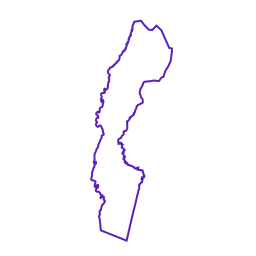 Logone-Et-Chari, Extrême-Nord, Cameroon (Equal Earth projection), rotated 201°
{"feature_id": "32672807B53801841297301", "entity_name": "Logone-Et-Chari", "entity_type": "district", "adm_level": 2, "iso_a3": "CMR", "parent_name": "Cameroon", "parent_adm1": "Extrême-Nord", "projection": "equal_earth", "projection_center": [14.713, 12.015], "detail": "fine", "context": "isolated", "style": "outline", "palette": "violet", "viewbox_px": 256, "rotation_deg": 201, "n_neighbors": 0, "source": "geoboundaries", "source_scale": "gbopen_adm2", "svg_char_len": 5892}
<svg xmlns="http://www.w3.org/2000/svg" viewBox="0 0 256 256"><g transform="rotate(201 128 128)"><path d="M138.2,233.7L140.4,228.3L143.7,227.2L149.2,229.7L154.3,232.8L160.2,229.4L160.2,229.0L160.3,228.0L160.0,227.5L160.3,226.8L160.4,225.0L159.9,223.5L159.7,223.2L159.8,222.6L159.6,222.2L159.3,222.0L159.2,221.7L159.8,220.7L159.6,220.3L159.0,220.1L159.0,219.7L159.4,218.3L159.4,217.6L159.1,215.9L158.5,215.8L158.3,215.5L158.4,215.1L159.2,214.1L159.3,213.8L159.0,213.3L159.1,212.8L159.0,212.6L159.4,212.2L159.4,211.8L158.9,211.1L159.1,210.5L159.0,210.0L158.6,209.5L158.6,209.2L159.1,208.1L159.1,207.8L159.0,207.4L158.5,207.0L158.7,206.6L159.5,206.1L159.6,205.8L159.5,205.4L158.7,204.6L158.6,204.1L158.9,202.0L158.8,201.7L158.4,201.1L158.4,200.7L158.7,200.4L159.1,200.2L159.2,199.8L158.9,198.8L159.0,198.5L160.1,198.0L160.3,197.6L160.0,196.4L160.2,195.7L160.3,194.8L160.3,194.7L160.5,193.9L160.8,193.3L161.5,192.6L161.6,192.2L160.7,189.3L160.8,188.0L161.6,186.7L161.7,186.0L162.2,185.6L162.0,184.8L162.6,184.1L163.0,182.6L163.8,182.1L163.6,181.0L164.2,180.6L164.4,179.6L166.3,178.1L166.2,177.4L167.0,175.4L167.0,173.3L166.6,172.7L165.9,172.0L164.2,171.2L163.9,170.9L163.7,170.2L164.1,169.5L164.0,168.1L163.8,167.7L163.3,167.5L163.1,167.1L162.9,166.1L162.5,165.3L162.4,164.7L162.8,163.4L162.2,162.6L162.2,160.9L161.9,159.8L161.6,159.7L161.3,158.1L161.3,157.6L161.6,156.6L161.9,156.2L162.3,156.0L162.7,156.0L163.4,156.4L163.7,156.5L164.0,156.3L164.1,155.9L163.8,154.5L162.9,153.9L162.5,153.5L162.4,153.1L162.5,152.6L163.0,152.0L163.4,151.8L164.1,151.8L164.7,151.4L165.2,150.4L165.3,149.9L165.1,149.5L163.9,147.9L163.5,147.0L163.5,146.0L163.6,145.1L163.5,144.6L162.9,144.2L162.2,143.2L162.1,143.4L162.1,144.1L162.0,144.8L161.8,145.0L161.5,145.2L161.1,144.9L160.5,144.1L160.3,143.4L160.1,141.3L159.7,140.2L159.6,139.4L159.7,138.4L160.1,137.9L160.7,137.5L161.0,137.1L161.2,136.5L161.1,135.0L160.4,133.3L160.3,132.8L160.4,132.3L160.6,132.1L161.1,132.0L161.7,132.4L162.0,132.3L162.6,131.5L162.9,130.4L162.9,130.0L162.6,129.5L162.2,129.2L160.8,129.0L160.4,128.7L160.1,127.7L159.6,127.4L159.4,127.0L159.5,126.7L160.4,126.6L160.6,126.4L161.0,125.2L160.5,123.5L160.1,122.9L159.0,122.5L159.3,120.2L159.3,119.8L158.4,118.9L157.1,118.2L156.5,118.3L156.1,118.7L155.6,119.9L155.2,120.1L155.0,120.4L154.0,120.2L153.3,119.7L152.5,118.6L151.9,118.1L151.5,118.0L149.3,114.4L148.7,114.2L148.4,113.4L148.5,112.7L149.4,111.9L149.8,111.3L149.1,109.5L149.1,108.9L149.4,107.8L149.5,107.0L149.4,105.6L149.7,102.2L149.1,99.3L149.7,97.5L149.8,96.5L149.6,95.5L149.8,91.7L149.3,89.7L148.0,86.9L147.8,85.6L147.7,83.8L147.4,83.2L147.0,83.3L146.3,84.7L145.9,84.9L145.3,84.0L145.2,83.4L145.4,82.5L146.0,81.3L145.5,79.4L145.9,78.2L145.6,76.8L145.7,74.7L145.5,73.4L144.7,71.2L144.4,69.9L144.2,67.5L144.0,66.9L143.1,66.3L141.1,66.7L139.6,66.6L139.1,66.2L138.9,65.8L138.8,63.7L138.5,62.4L138.2,61.5L137.8,61.2L137.5,61.2L137.0,61.7L136.5,63.3L136.0,64.1L135.7,64.1L135.2,63.7L134.8,62.7L134.8,61.9L135.8,60.1L136.0,59.2L135.5,58.0L134.8,57.4L134.3,57.4L133.5,57.8L131.6,57.8L130.9,57.3L129.6,55.9L129.0,55.9L128.5,56.0L128.4,55.3L128.7,54.0L128.8,53.1L128.5,52.8L128.2,53.1L127.0,55.1L126.5,55.4L125.9,55.1L125.4,54.1L125.2,52.5L124.9,52.2L124.1,52.2L123.6,51.8L123.4,51.3L123.3,50.2L123.7,48.7L124.2,47.3L124.4,47.1L124.6,46.3L124.3,43.7L123.9,42.1L124.0,41.5L124.5,41.1L124.6,40.8L124.5,39.8L124.1,38.5L123.6,38.1L123.3,36.9L123.5,35.9L123.4,34.9L122.8,34.4L122.0,33.1L118.9,27.3L118.7,26.6L116.6,22.7L89.0,22.3L90.0,30.5L90.1,30.8L90.4,32.2L90.4,33.2L91.4,39.7L91.5,41.2L91.9,43.1L92.4,47.3L93.4,54.7L93.4,55.9L93.8,57.6L93.8,58.7L95.3,69.0L95.3,69.8L95.7,72.6L95.8,74.3L96.2,76.7L96.7,77.7L97.0,77.9L97.2,78.2L97.1,78.6L97.2,79.5L96.7,79.9L96.4,81.3L95.8,82.0L95.5,82.6L95.9,83.7L95.8,84.6L96.0,85.2L96.7,84.9L97.0,85.0L97.2,85.3L96.8,85.9L97.1,86.8L96.5,86.7L96.3,87.2L95.6,87.3L95.6,87.6L95.9,88.1L95.4,88.8L95.4,89.1L96.5,89.6L97.3,91.2L98.5,92.3L98.7,92.6L98.9,93.4L99.2,93.7L101.1,93.1L101.4,93.3L102.3,92.9L103.3,92.8L103.6,93.1L104.2,94.7L104.6,94.2L104.1,93.2L104.5,92.8L105.0,94.0L105.4,94.0L106.7,92.7L107.1,92.7L108.6,93.7L109.8,93.6L110.6,94.0L111.1,94.0L112.5,93.5L113.6,93.9L114.2,93.6L114.8,93.5L115.2,93.6L115.6,94.0L115.9,95.0L116.0,95.0L116.6,94.2L117.1,94.2L117.5,94.4L117.8,95.2L118.5,94.7L118.7,94.9L118.6,95.6L118.6,95.8L119.1,95.9L119.4,96.6L120.0,97.0L121.0,97.1L121.4,98.5L120.6,98.5L120.8,99.1L120.8,99.5L120.5,100.1L120.7,100.3L121.3,100.2L121.8,100.9L122.5,101.0L123.2,101.9L123.1,103.0L123.5,104.6L124.0,104.0L123.8,105.4L123.3,105.8L123.2,106.2L124.9,106.8L125.0,107.2L126.8,107.5L126.7,108.2L127.1,108.7L127.7,109.8L127.1,110.4L127.0,110.6L128.3,111.0L128.4,111.4L128.9,111.6L129.3,111.6L129.3,111.1L129.5,110.8L129.8,110.7L130.1,110.8L130.2,110.5L130.6,110.7L131.2,109.9L131.8,110.9L131.6,111.5L132.4,112.0L132.7,112.9L132.8,113.9L132.7,114.3L131.2,115.9L131.0,116.5L130.9,117.9L130.8,118.7L129.9,120.1L129.9,120.5L130.0,121.4L130.8,122.7L130.7,123.3L130.3,123.8L129.4,124.1L128.7,125.1L128.7,125.9L128.5,126.6L128.6,127.6L130.3,131.7L130.5,132.5L131.0,132.9L131.2,133.6L131.2,133.8L130.3,135.0L129.8,136.3L129.8,136.9L130.1,138.2L130.1,138.4L129.9,138.8L129.3,139.4L129.0,140.0L128.9,139.8L128.5,140.8L127.5,142.3L127.3,142.8L127.3,143.3L127.7,143.8L127.9,143.9L127.3,145.2L127.3,146.0L127.7,147.4L127.4,148.6L127.3,149.8L127.7,151.2L127.5,151.8L126.8,153.2L126.4,153.7L125.7,154.1L124.7,155.6L123.8,156.2L123.5,156.6L123.4,157.4L124.2,159.2L124.9,160.2L126.4,161.1L127.3,161.9L128.1,163.2L129.2,164.0L129.5,164.7L129.9,165.4L130.2,167.5L130.3,168.5L130.4,168.8L129.9,171.2L129.7,173.4L129.8,175.0L129.7,176.2L129.1,177.0L128.2,177.7L125.2,179.0L120.5,181.8L117.1,182.5L115.9,183.2L115.7,183.6L115.3,185.6L114.7,187.0L113.9,188.1L113.3,188.3L113.6,194.1L112.5,200.2L112.2,205.7L114.2,214.4L115.5,218.0L118.3,217.6L132.0,231.3L138.2,233.7Z" fill="none" stroke="#5b21b6" stroke-width="2"/></g></svg>